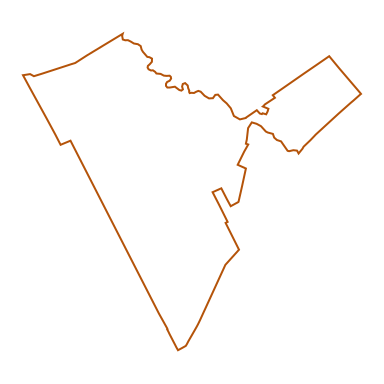 Peretu, Teleorman, Romania (Natural Earth projection)
{"feature_id": "2599482B52824361951621", "entity_name": "Peretu", "entity_type": "district", "adm_level": 2, "iso_a3": "ROU", "parent_name": "Romania", "parent_adm1": "Teleorman", "projection": "natural_earth1", "projection_center": [25.098, 44.029], "detail": "fine", "context": "isolated", "style": "outline", "palette": "amber", "viewbox_px": 384, "rotation_deg": 0, "n_neighbors": 0, "source": "geoboundaries", "source_scale": "gbopen_adm2", "svg_char_len": 2116}
<svg xmlns="http://www.w3.org/2000/svg" viewBox="0 0 384 384"><path d="M361.0,93.9L360.2,92.9L339.1,68.2L329.2,56.2L316.6,64.9L303.9,73.6L282.2,88.7L272.8,95.2L274.9,97.8L264.9,104.4L263.5,106.0L262.9,106.5L268.4,108.8L267.6,111.5L266.2,114.3L262.6,113.3L261.9,114.1L259.8,113.5L256.8,110.2L245.9,117.7L245.8,118.0L239.9,119.4L233.9,116.0L230.8,108.3L226.7,103.4L223.0,100.2L218.0,94.6L215.3,94.9L212.9,98.2L209.0,98.4L204.6,95.8L200.7,91.7L198.3,90.9L196.1,91.8L194.0,93.0L191.5,92.8L189.7,93.1L189.1,91.9L189.3,90.8L188.2,88.2L187.7,85.5L185.1,83.1L182.8,84.0L182.1,86.6L182.9,89.4L181.4,90.6L179.3,90.0L174.9,86.7L170.0,87.5L167.3,87.5L166.0,85.9L166.0,83.8L167.1,82.0L169.7,80.7L171.1,78.6L170.8,76.8L169.6,75.7L166.6,75.9L163.8,75.6L160.6,73.9L156.4,73.5L155.2,71.9L152.9,70.3L151.0,70.5L148.6,69.3L147.6,67.6L147.9,65.9L149.8,64.2L151.9,61.8L152.0,58.6L149.4,57.2L147.3,56.9L142.9,51.8L141.6,49.6L140.7,46.1L137.9,44.2L133.9,43.5L130.8,41.6L128.0,40.2L126.7,40.2L125.3,40.3L122.8,39.5L122.4,37.1L122.2,36.3L122.2,35.9L122.4,34.8L122.7,33.8L118.4,36.4L102.5,46.0L87.0,55.4L75.2,63.0L70.6,64.4L68.8,65.0L42.3,73.6L33.9,76.2L30.1,74.1L25.1,74.9L23.0,75.2L29.7,87.6L37.6,102.0L46.6,118.4L55.3,134.5L60.6,144.8L70.5,140.7L158.9,313.5L167.2,328.4L167.5,329.2L167.2,329.4L168.4,331.7L169.6,334.2L173.9,342.5L175.1,344.8L175.4,345.4L176.3,347.2L178.0,350.2L181.9,348.1L185.8,345.9L186.9,344.1L188.4,341.2L194.5,330.6L196.6,326.9L197.9,324.5L200.0,320.2L203.6,312.3L204.3,310.8L205.0,309.3L225.4,264.8L239.0,249.7L225.6,222.9L227.6,221.9L219.0,204.6L212.6,192.2L221.3,188.3L227.0,199.4L230.7,206.2L238.4,202.0L238.6,201.5L242.2,185.6L245.9,168.5L237.7,164.8L244.2,151.6L246.6,147.4L248.2,144.5L245.9,143.7L246.8,139.6L248.1,128.1L251.8,122.4L256.6,123.8L261.0,126.2L265.8,131.5L267.7,132.5L272.9,133.9L274.2,137.6L276.9,140.0L281.1,141.4L282.1,142.9L287.6,150.8L289.1,151.2L291.2,150.7L293.3,150.2L297.0,150.6L297.2,150.9L298.6,153.5L302.5,148.7L303.6,146.7L310.3,140.3L314.6,135.8L315.6,134.7L338.6,113.6L349.2,104.2L350.9,102.7L353.4,100.6L360.6,94.2L361.0,93.9Z" fill="none" stroke="#b45309" stroke-width="2"/></svg>